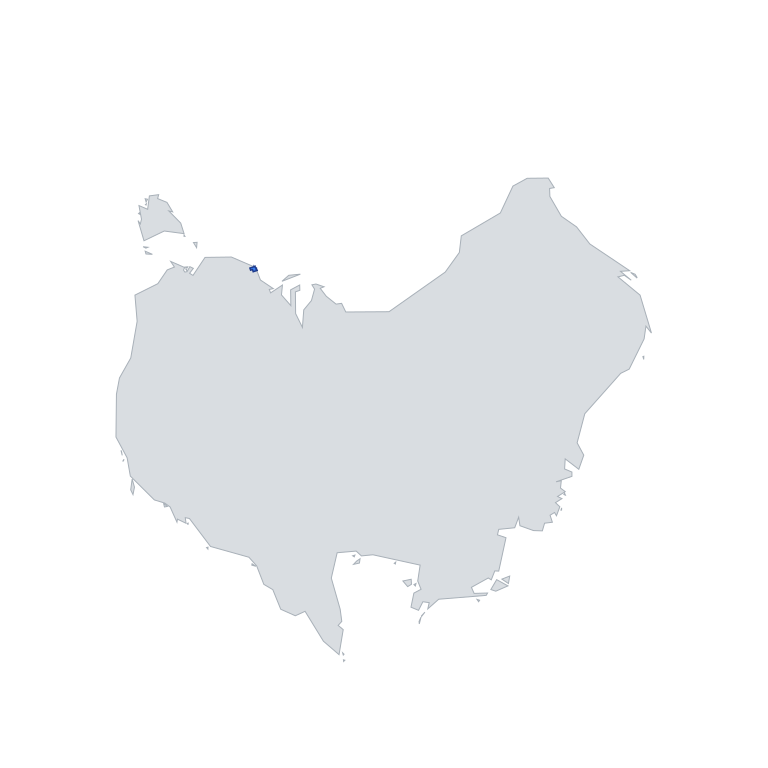 location of Robe, South Australia, Australia, rotated 162°
{"feature_id": "25037944B13028513234480", "entity_name": "Robe", "entity_type": "district", "adm_level": 2, "iso_a3": "AUS", "parent_name": "Australia", "parent_adm1": "South Australia", "projection": "orthographic", "projection_center": [139.804, -37.186], "detail": "fine", "context": "in_parent", "style": "filled", "palette": "blue", "viewbox_px": 768, "rotation_deg": 162, "n_neighbors": 0, "source": "geoboundaries", "source_scale": "gbopen_adm2", "svg_char_len": 4467}
<svg xmlns="http://www.w3.org/2000/svg" viewBox="0 0 768 768"><g transform="rotate(162 384 384)"><path d="M521.1,158.1L529.3,192.2L540.0,191.0L551.8,201.7L553.3,222.8L560.2,230.6L561.3,250.4L566.0,261.0L599.2,283.1L610.6,316.2L614.3,318.3L615.3,312.7L622.2,319.3L623.6,316.6L625.4,333.1L629.3,338.5L638.2,344.7L653.7,374.8L651.1,393.2L655.3,416.4L641.6,457.0L633.7,471.5L616.8,487.0L599.4,519.9L593.4,545.5L568.1,549.3L554.9,559.5L547.2,560.0L549.0,566.5L537.6,556.4L539.5,554.3L538.8,552.0L536.6,551.7L532.4,555.6L529.6,552.9L534.7,549.4L532.1,546.3L515.1,559.7L489.9,551.9L470.1,534.5L469.4,521.1L459.8,508.9L463.9,509.4L463.7,505.7L450.0,509.5L454.0,500.4L448.4,487.3L443.7,502.4L433.6,504.2L435.1,499.1L439.8,499.0L446.3,478.3L444.1,463.0L437.4,479.3L427.2,485.8L420.7,495.7L421.9,500.6L417.8,500.1L411.0,495.0L415.1,494.7L411.8,485.3L404.9,474.8L399.4,473.8L398.1,464.3L356.9,451.2L291.2,471.5L271.7,485.8L264.7,501.0L220.5,510.7L200.2,532.4L184.3,535.4L164.2,529.1L161.4,518.1L166.1,518.8L168.3,511.1L163.5,488.7L152.3,473.9L145.0,453.6L115.3,415.8L124.3,418.1L116.8,406.3L121.8,413.1L128.4,413.6L113.0,389.4L113.9,349.8L117.0,358.1L122.7,346.5L146.2,322.4L155.6,321.0L202.2,293.7L218.5,268.4L216.0,254.6L225.1,242.7L234.8,256.8L238.5,247.4L232.5,242.2L233.8,238.1L250.6,237.8L245.3,237.2L248.3,230.5L244.9,225.6L253.7,223.4L250.2,220.0L257.6,218.2L254.7,212.9L260.7,205.4L261.5,209.1L266.6,207.9L266.6,200.5L274.3,202.0L278.8,195.4L287.1,198.4L298.5,207.2L297.1,215.7L304.1,206.9L319.8,210.3L322.7,205.5L315.5,200.1L332.7,170.6L336.4,172.0L342.5,164.6L344.8,167.3L363.7,163.6L363.0,157.0L350.1,153.2L352.1,151.4L398.5,162.4L411.8,156.6L408.6,162.1L414.3,164.9L421.1,158.1L427.3,163.4L420.2,175.9L412.2,177.3L412.8,186.2L405.6,200.6L447.3,225.0L458.6,227.5L462.1,233.7L480.7,238.0L494.1,215.7L495.3,183.3L497.5,171.3L502.2,168.6L498.7,163.0L510.4,140.5L521.1,158.1ZM527.7,588.8L545.7,597.4L568.0,594.4L567.4,615.4L566.3,611.5L563.7,615.7L561.9,629.4L554.8,623.2L549.0,635.4L539.8,633.7L542.0,630.3L534.3,623.8L531.8,613.0L535.2,615.1L527.6,599.8L527.7,588.8ZM328.5,153.7L341.7,152.4L345.9,155.5L337.3,163.1L328.5,153.7ZM429.6,514.3L449.3,513.2L441.0,516.8L429.6,514.3ZM424.1,184.0L426.9,190.8L418.5,189.9L419.8,185.0L424.1,184.0ZM652.9,371.4L653.2,363.0L656.9,356.4L657.6,361.6L652.9,371.4ZM564.2,578.9L570.2,581.2L570.1,584.1L564.2,578.9ZM327.3,155.8L332.2,162.0L323.8,162.5L327.3,155.8ZM521.5,577.4L518.0,576.5L520.1,571.6L521.5,577.4ZM468.7,221.9L464.8,224.0L460.8,225.2L462.7,221.3L468.7,221.9ZM114.9,413.9L111.3,410.8L110.4,407.2L110.8,406.9L114.9,413.9ZM568.5,586.8L570.7,589.0L566.3,587.0L568.5,586.8ZM627.9,334.5L630.8,334.9L630.5,338.5L627.9,334.5ZM562.2,250.2L565.7,252.6L565.0,253.8L562.2,250.2ZM554.0,630.6L553.9,634.0L551.8,632.8L554.0,630.6ZM655.0,397.0L654.7,401.6L654.4,401.5L655.0,397.0ZM362.1,150.4L359.9,148.8L361.3,147.7L362.1,150.4ZM424.0,147.4L420.8,150.9L424.6,144.9L424.0,147.4ZM656.1,391.5L654.5,392.8L655.6,391.3L656.1,391.5ZM429.7,210.3L427.9,211.0L428.8,209.3L429.7,210.3ZM417.5,184.0L415.2,184.4L416.6,182.2L417.5,184.0ZM129.4,327.1L129.3,330.1L128.3,330.1L129.4,327.1ZM506.5,138.8L506.4,141.1L505.5,139.4L506.5,138.8ZM536.6,553.0L537.0,554.6L536.3,554.1L536.6,553.0ZM420.0,151.9L415.6,154.4L420.1,151.3L420.0,151.9ZM254.7,209.4L253.3,211.3L254.1,209.2L254.7,209.4ZM555.5,628.3L554.3,628.8L555.0,627.7L555.5,628.3ZM466.9,230.3L464.5,230.3L465.7,228.8L466.9,230.3ZM247.1,223.3L246.0,224.4L245.8,222.2L247.1,223.3ZM564.8,621.9L563.1,622.7L563.8,620.9L564.8,621.9ZM508.1,132.6L507.8,134.2L506.6,133.4L508.1,132.6ZM535.5,555.1L537.1,556.7L534.4,556.1L535.5,555.1ZM603.3,283.3L601.8,283.2L602.5,281.4L603.3,283.3ZM614.0,312.2L613.2,312.2L613.9,310.7L614.0,312.2ZM528.6,586.3L528.1,587.5L527.7,585.9L528.6,586.3Z" fill="#d9dde1" stroke="#a8b0b8" stroke-width="1"/><path d="M469.5,531.2L469.5,531.3L469.5,531.5L469.5,531.8L469.7,532.0L469.7,531.9L469.8,531.9L469.8,532.0L470.0,532.1L470.1,532.3L470.1,532.5L470.2,532.8L470.2,533.0L470.0,533.3L469.9,533.3L469.8,533.2L469.7,533.2L469.6,533.3L469.5,533.5L469.8,533.8L469.8,534.0L470.0,534.2L470.0,534.3L470.1,534.5L470.2,534.8L470.3,534.8L470.3,535.0L470.5,535.1L470.5,535.3L470.7,535.5L470.8,535.6L470.7,535.7L470.8,535.7L470.9,535.8L471.0,535.8L471.1,536.0L471.2,535.7L471.3,535.7L473.5,535.7L475.7,535.7L475.7,534.9L475.7,534.7L475.7,533.5L473.7,533.5L473.7,533.0L473.7,531.9L473.7,531.6L473.7,531.2L471.5,531.2L469.5,531.2Z" fill="#3b82f6" stroke="#1e3a8a" stroke-width="1.5"/></g></svg>